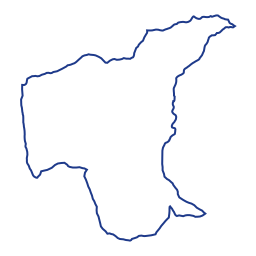 Phongme, Tashigang, Bhutan (Mercator projection)
{"feature_id": "84629894B40086138337966", "entity_name": "Phongme", "entity_type": "district", "adm_level": 2, "iso_a3": "BTN", "parent_name": "Bhutan", "parent_adm1": "Tashigang", "projection": "mercator", "projection_center": [91.76, 27.408], "detail": "fine", "context": "isolated", "style": "outline", "palette": "blue", "viewbox_px": 256, "rotation_deg": 0, "n_neighbors": 0, "source": "geoboundaries", "source_scale": "gbopen_adm2", "svg_char_len": 5747}
<svg xmlns="http://www.w3.org/2000/svg" viewBox="0 0 256 256"><path d="M37.0,177.8L37.5,177.5L37.8,176.9L40.1,174.6L41.2,171.3L44.1,170.6L47.3,169.9L51.8,167.8L55.0,165.0L57.9,163.5L61.3,163.0L64.5,162.8L67.3,164.8L68.1,166.1L69.7,166.9L72.6,167.5L76.6,167.5L79.5,167.2L82.7,168.2L84.4,168.4L86.9,169.7L85.0,172.6L84.3,176.3L85.9,179.6L87.3,183.4L88.3,186.6L89.7,189.3L90.8,192.6L92.0,195.6L92.8,198.8L94.3,201.3L95.4,204.1L96.8,206.7L96.6,210.2L96.9,213.3L98.5,216.5L99.4,220.1L100.2,223.3L100.9,226.4L102.7,228.8L105.6,231.3L107.4,233.7L109.6,233.4L111.2,234.0L113.1,234.4L114.9,235.6L116.3,236.7L117.7,238.0L119.9,239.0L123.3,239.3L125.9,240.0L128.5,240.3L130.0,240.6L131.1,240.1L132.0,238.9L134.4,238.2L137.0,237.3L138.9,235.9L141.3,235.6L144.1,236.1L145.7,236.0L151.2,235.3L153.4,234.8L155.5,234.3L156.4,232.3L159.6,228.4L161.2,226.0L163.0,223.9L165.6,220.8L167.7,218.6L168.8,217.6L169.3,213.7L169.5,211.0L169.5,208.5L169.6,206.9L170.1,206.4L170.8,207.3L172.0,208.7L172.9,210.4L174.1,212.2L174.8,213.9L175.7,215.3L176.9,216.0L179.1,215.4L183.2,216.2L185.4,215.4L187.4,215.1L189.4,215.1L193.5,215.9L195.3,216.8L197.9,216.7L200.0,216.5L202.4,215.6L204.5,214.2L205.3,213.6L203.8,212.4L202.1,210.6L199.7,209.4L196.8,207.7L194.3,205.2L191.5,203.6L188.9,202.8L186.5,201.8L183.3,200.0L179.3,197.4L177.8,194.1L177.8,191.8L177.1,189.8L175.4,187.8L173.4,185.1L172.6,183.3L171.4,182.3L169.0,180.1L167.0,179.0L164.5,176.7L164.0,173.9L162.6,170.3L162.6,167.1L162.2,164.0L162.4,150.6L162.9,148.0L163.2,147.2L164.4,144.9L165.0,143.4L166.0,142.7L166.9,142.4L167.8,141.9L169.3,140.5L169.3,139.9L169.6,139.3L170.0,138.9L170.2,138.3L170.3,137.7L170.6,137.1L171.1,136.6L171.5,136.2L172.0,135.8L172.5,135.4L173.1,135.0L173.6,134.7L174.2,134.4L174.7,134.1L174.9,133.5L175.1,132.2L175.2,131.6L175.2,130.9L175.3,130.3L175.4,129.6L175.3,129.0L175.0,128.4L174.5,128.1L173.9,128.0L173.2,127.8L172.6,127.6L172.1,127.4L171.9,126.9L171.8,126.2L171.9,125.6L172.1,125.0L172.4,124.4L172.7,123.8L173.1,123.3L174.0,122.4L174.4,121.9L174.7,121.3L175.0,120.8L175.3,120.4L175.6,119.8L175.9,119.2L176.0,118.6L176.2,117.3L176.2,116.7L176.0,116.1L175.8,115.5L175.4,115.0L175.0,114.7L174.4,114.4L173.9,114.0L173.4,113.6L173.0,113.1L172.6,112.6L172.3,112.0L172.2,111.4L172.3,110.9L172.6,110.3L172.8,109.7L173.1,109.2L173.5,108.6L173.7,107.8L173.8,106.9L173.5,106.2L173.3,105.7L173.0,105.1L172.8,104.4L172.8,103.8L172.8,102.9L173.0,102.4L173.3,101.1L174.0,101.2L174.3,100.6L174.5,99.9L174.5,99.2L174.6,98.1L174.6,97.3L174.7,96.7L174.0,95.6L174.0,93.6L173.8,91.3L173.7,89.0L173.8,88.2L174.1,87.5L175.6,84.3L176.1,82.6L176.3,81.1L176.3,80.0L176.2,78.2L177.0,77.1L177.7,76.5L178.8,75.8L180.0,75.2L181.3,74.7L182.4,74.0L183.0,73.6L183.6,73.0L183.8,72.4L183.9,70.5L184.1,69.8L184.7,69.0L185.2,68.6L186.2,68.0L187.1,67.4L187.8,66.8L188.6,66.3L189.4,65.7L190.2,65.0L191.2,64.2L192.7,63.1L194.1,62.3L194.9,61.8L195.5,61.4L197.4,60.4L198.6,59.7L199.4,58.9L199.6,58.3L200.6,57.0L202.0,55.2L203.3,52.2L203.8,51.3L204.2,49.5L204.5,47.5L204.7,46.8L204.8,46.2L205.2,45.3L206.5,43.8L206.9,43.2L207.5,42.2L207.8,41.3L208.2,39.9L208.7,38.6L208.9,37.6L210.0,36.5L210.7,36.1L211.8,35.3L212.5,35.3L213.4,35.3L214.5,35.2L215.1,35.1L216.1,34.0L216.9,33.0L218.1,33.0L219.2,32.7L219.9,32.3L221.8,30.5L222.4,29.8L223.2,29.2L224.0,28.7L224.6,28.1L225.6,27.3L226.2,27.2L227.8,27.2L228.6,27.5L229.3,27.3L230.0,27.0L231.4,27.1L232.3,27.3L233.2,27.3L234.9,26.1L233.4,25.2L232.4,24.3L231.6,24.0L230.6,23.6L230.0,23.2L229.5,22.7L229.2,22.0L228.8,21.2L228.4,20.2L228.0,19.6L227.3,19.6L226.6,19.5L224.9,19.2L224.2,18.8L223.3,18.5L222.2,18.2L220.9,17.6L219.3,16.5L218.0,15.5L216.9,15.4L215.9,15.5L215.0,15.8L213.6,16.2L212.6,16.6L211.8,16.7L211.4,16.4L210.8,16.1L210.2,16.4L208.9,17.0L207.7,17.1L206.4,17.1L205.2,17.0L204.0,16.8L202.9,16.9L202.1,17.1L201.6,17.6L200.9,18.2L200.3,18.7L199.1,18.9L198.3,18.8L197.6,18.6L196.4,18.2L195.3,17.5L193.8,16.4L193.2,16.6L192.7,17.1L192.2,17.8L191.7,18.6L191.2,19.5L190.5,20.5L189.6,21.2L187.9,22.0L186.2,22.3L185.2,22.2L184.2,22.0L183.3,21.9L182.6,21.9L181.6,22.0L180.6,22.1L179.6,22.3L178.7,22.5L178.1,22.7L177.6,23.1L177.3,23.6L176.7,24.0L175.0,24.3L174.2,24.6L173.7,24.9L172.9,25.7L171.7,26.7L171.2,27.2L170.4,27.7L169.2,28.2L168.2,28.5L166.9,29.0L165.8,29.3L165.0,29.6L163.9,30.1L163.0,30.5L161.8,30.5L160.0,30.2L158.2,29.7L156.6,29.6L155.8,29.6L152.2,30.4L150.1,30.5L147.1,30.4L147.2,31.0L147.1,32.8L145.9,34.7L144.3,37.4L143.0,40.7L141.0,42.3L138.8,44.7L138.0,46.5L136.8,47.5L136.2,48.0L135.3,50.4L134.2,53.2L134.1,54.7L133.6,56.4L133.0,57.3L131.5,57.9L130.2,58.8L128.7,58.7L126.4,58.7L123.8,58.1L122.0,59.0L119.5,59.6L116.8,59.8L114.4,59.0L112.7,59.3L109.9,60.7L107.3,62.8L105.4,62.6L101.3,58.3L98.7,56.8L95.6,55.4L93.7,55.0L90.4,54.7L88.6,54.3L87.0,54.9L84.5,55.4L82.4,56.3L81.2,57.5L78.8,59.6L76.2,62.0L74.5,63.2L72.8,63.8L70.6,64.7L68.8,65.1L67.6,65.3L66.3,66.5L61.9,68.9L59.2,70.2L57.3,71.2L55.5,71.6L53.4,72.0L51.7,73.0L50.4,73.2L48.5,72.8L46.7,72.9L44.8,73.9L41.9,74.7L39.4,76.0L37.5,76.3L35.3,75.9L34.1,76.1L32.1,76.2L27.4,78.7L27.0,80.1L26.6,82.7L25.9,84.0L24.6,84.9L23.4,85.0L22.2,84.9L22.1,89.4L22.6,95.7L21.1,99.5L21.2,102.2L21.2,102.8L21.3,105.3L21.9,107.8L22.3,111.5L22.4,112.2L22.6,112.8L22.7,113.5L22.7,114.1L23.2,115.8L23.3,118.1L23.3,120.0L23.3,120.7L23.3,121.7L23.3,122.5L23.5,123.2L23.6,123.8L23.7,124.6L23.8,125.2L23.9,126.6L24.2,128.1L24.4,129.6L24.5,130.3L24.6,131.5L24.7,134.7L24.6,135.7L24.6,137.2L24.7,139.0L24.9,140.8L25.8,143.9L25.5,145.6L25.5,146.8L26.3,148.3L26.5,148.8L26.9,150.5L27.2,151.6L27.3,152.7L27.4,154.8L26.8,158.1L26.9,160.0L26.9,161.2L26.9,161.9L27.3,163.4L28.3,164.9L28.9,166.0L29.3,167.2L29.8,168.6L31.0,170.3L31.8,172.2L32.8,174.7L33.2,175.5L34.2,176.6L35.8,177.5L37.0,177.8Z" fill="none" stroke="#1e3a8a" stroke-width="2"/></svg>